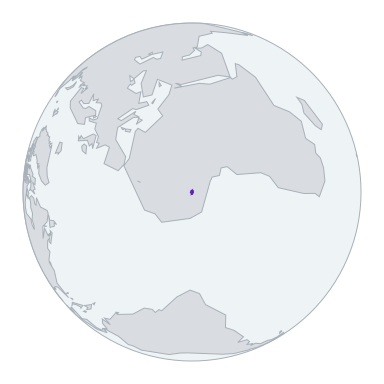 the Earth from above Poni, rotated 296°
{"feature_id": "BFA-2837", "entity_name": "Poni", "entity_type": "Province", "adm_level": 1, "iso_a3": "BFA", "parent_name": "Burkina Faso", "parent_adm1": "", "projection": "orthographic", "projection_center": [-3.283, 10.293], "detail": "fine", "context": "on_globe", "style": "filled", "palette": "violet", "viewbox_px": 384, "rotation_deg": 296, "n_neighbors": 0, "source": "natural_earth", "source_scale": "10m", "svg_char_len": 9030}
<svg xmlns="http://www.w3.org/2000/svg" viewBox="0 0 384 384"><g transform="rotate(296 192 192)"><circle cx="192" cy="192" r="169" fill="#eef3f6" stroke="#a8b0b8"/><path d="M141.8,30.7L129.4,35.4L132.6,34.3L128.4,36.6L130.5,36.4L126.9,38.1L131.6,36.6L134.6,35.1L137.6,34.1L139.1,34.0L134.8,35.9L133.4,36.2L132.9,36.8L130.1,37.9L132.3,37.3L126.9,40.0L134.4,37.3L131.9,39.4L127.7,41.3L125.4,41.1L109.8,46.5L104.9,49.2L100.2,52.7L97.2,58.9L92.9,62.2L89.0,66.8L92.6,64.7L97.0,60.4L102.8,58.1L107.4,53.8L110.4,52.4L116.2,48.5L118.3,49.3L117.1,52.4L112.4,55.9L111.8,57.6L118.7,54.7L112.1,62.4L111.9,69.8L109.9,72.0L101.6,74.8L95.6,73.0L84.9,78.6L94.8,75.4L89.6,82.0L90.0,83.5L92.0,83.7L95.1,81.5L94.0,84.2L83.8,87.7L84.7,85.4L87.9,84.1L85.0,83.6L78.1,86.9L76.0,90.5L67.8,93.4L66.2,96.1L63.6,98.6L66.7,93.9L60.9,102.8L51.0,110.6L43.0,127.3L47.6,113.4L47.3,111.0L46.2,110.2L44.8,112.8L45.3,109.3L42.3,113.6L37.4,123.9L42.6,113.1L48.6,102.7L55.3,92.7L62.7,83.2L70.8,74.3L79.5,66.0L88.7,58.3L98.5,51.3L108.7,45.0L119.4,39.4L130.4,34.7L141.8,30.7ZM35.3,128.8L32.2,137.0L32.2,139.2L34.5,133.9L35.8,134.0L30.0,148.7L31.4,153.2L28.5,164.9L28.2,171.7L30.2,171.3L31.8,175.5L34.6,169.4L38.5,167.0L36.9,176.8L40.3,168.7L41.6,174.1L50.3,176.5L49.2,178.5L56.3,192.4L66.7,199.9L69.1,207.7L67.6,211.8L71.8,213.9L71.9,216.8L91.2,224.5L103.0,233.3L104.0,243.3L96.7,253.5L96.2,276.3L84.8,281.5L86.1,290.3L84.4,301.8L76.9,299.1L83.4,306.2L82.8,309.2L79.1,308.3L82.2,312.7L79.7,311.9L84.0,315.5L85.6,319.9L91.8,325.0L94.4,328.5L98.6,331.5L97.5,331.0L97.8,331.5L99.7,333.0L93.8,329.3L85.7,322.9L83.0,320.2L81.5,319.2L75.2,311.9L75.6,313.0L65.2,300.5L59.6,290.6L45.8,259.3L42.3,252.3L35.9,242.7L27.7,216.0L27.9,206.8L27.0,201.5L30.1,189.2L30.6,175.7L29.9,173.3L28.3,177.5L27.0,167.3L28.4,156.7L30.0,144.0L35.3,128.8ZM40.4,132.8L42.2,143.6L38.9,143.1L39.9,141.9L40.0,137.9L39.2,133.6L36.9,134.1L40.4,132.8ZM46.4,124.8L45.9,123.7L46.7,124.1L46.4,124.8ZM114.7,48.4L115.4,48.4L114.0,49.1L114.7,48.4ZM116.6,46.7L114.3,47.5L114.9,46.9L116.2,46.4L116.6,46.7ZM119.2,46.0L116.1,45.7L117.1,44.6L123.2,42.0L119.2,46.0ZM134.8,34.8L131.8,36.2L132.9,35.2L134.8,34.8ZM134.8,34.4L133.9,33.5L139.1,31.6L138.4,32.1L144.0,30.1L147.0,29.5L144.6,30.5L140.6,31.8L144.8,30.7L134.8,34.4ZM138.9,33.6L138.3,33.5L142.8,31.7L144.9,31.8L142.7,32.3L138.9,33.6ZM144.0,30.0L147.7,28.9L151.2,28.1L153.1,27.7L147.5,29.4L144.0,30.0ZM142.5,32.6L145.8,31.9L145.1,32.7L139.9,33.7L142.5,32.6ZM143.0,31.4L145.3,30.6L144.7,31.0L143.0,31.4ZM144.3,35.8L143.4,35.3L145.7,34.3L144.3,35.8ZM147.1,31.6L147.4,31.4L148.1,31.0L150.1,30.7L147.1,31.6ZM150.3,28.8L151.0,28.8L152.8,28.1L155.4,27.7L151.2,29.0L154.1,28.3L155.0,28.2L150.6,29.4L150.3,28.8ZM154.5,29.5L150.1,31.5L151.2,32.5L149.3,33.3L147.8,31.7L154.5,29.5ZM152.6,29.3L153.3,29.6L150.5,30.3L148.3,30.6L152.6,29.3ZM158.7,27.1L155.7,27.3L156.7,27.0L158.7,27.1ZM155.4,29.6L156.4,29.1L155.8,29.6L155.4,29.6ZM158.3,27.6L157.1,27.6L158.3,27.3L158.3,27.6ZM159.5,28.3L158.1,28.9L156.5,29.0L159.5,28.3ZM159.4,27.9L161.3,27.5L156.8,28.7L158.7,27.9L159.4,27.9ZM159.6,27.3L159.9,27.1L160.0,27.4L159.6,27.3ZM166.3,27.8L161.0,29.4L157.5,29.5L163.2,27.9L166.3,27.8ZM105.6,336.4L95.3,330.3L100.2,333.3L98.8,331.8L106.0,335.9L105.6,336.4ZM103.6,332.6L104.8,332.2L106.5,333.1L106.0,333.7L103.6,332.6ZM347.5,125.8L349.2,131.0L353.5,149.7L357.0,165.7L357.2,173.7L350.1,152.8L344.6,138.3L343.6,140.6L335.1,130.1L324.7,133.1L321.9,129.7L320.3,132.2L314.1,129.7L309.3,124.1L306.2,125.3L318.5,140.1L321.8,139.0L322.6,131.8L325.6,137.5L331.4,141.5L329.7,157.8L312.1,175.8L308.2,164.1L283.6,134.8L283.1,131.2L283.0,130.8L282.5,130.1L282.5,136.2L277.5,130.5L293.0,151.1L296.6,160.6L311.9,176.6L311.0,178.7L315.3,181.8L326.4,174.6L326.9,178.6L323.0,198.7L305.7,227.7L306.8,244.5L303.5,259.2L290.0,270.6L288.5,281.4L281.2,286.2L278.9,292.4L271.5,299.6L260.1,306.7L243.6,308.5L244.7,303.2L239.7,293.2L233.7,267.6L240.1,254.9L239.5,245.4L227.4,224.7L230.2,212.5L226.4,207.6L218.9,209.4L214.2,203.6L209.5,203.7L178.2,209.4L167.4,201.8L151.5,178.0L156.2,168.3L154.9,157.3L185.7,119.3L194.7,120.9L221.7,114.5L225.6,115.6L225.1,123.9L247.5,132.3L251.6,124.9L269.3,128.6L279.3,127.1L278.1,111.5L261.7,113.5L256.1,106.6L267.2,98.7L281.2,97.8L279.5,95.2L268.4,90.2L269.3,85.0L264.3,88.3L268.0,90.6L265.0,93.0L261.4,91.0L261.8,89.1L257.0,88.4L256.0,98.6L259.7,102.1L248.3,105.3L253.4,111.7L251.1,115.2L241.7,105.8L240.9,102.1L225.3,93.2L225.2,97.2L239.9,106.2L236.3,105.7L236.2,112.1L233.5,106.9L217.5,96.9L205.7,100.4L194.7,116.9L187.0,118.8L178.8,116.3L178.9,100.5L196.0,98.2L196.3,93.3L189.5,87.1L195.2,87.2L194.6,84.6L200.7,83.7L206.1,77.0L211.9,75.9L210.8,68.5L213.6,67.1L213.4,71.7L216.4,74.7L230.3,73.0L232.1,71.2L230.3,66.7L234.3,67.1L230.8,63.0L237.2,60.7L226.4,60.4L224.0,56.0L226.1,52.3L223.4,51.0L219.9,57.1L220.2,59.7L223.7,61.9L222.9,69.9L218.8,71.7L212.2,63.7L205.7,65.7L203.4,59.3L214.3,45.6L220.4,42.9L237.3,46.7L237.7,49.3L231.8,49.0L240.2,52.9L238.1,50.8L241.5,51.4L240.0,48.0L242.3,48.4L237.0,44.8L239.6,44.9L243.0,47.1L243.1,42.9L247.8,42.6L246.7,41.6L244.2,40.5L251.9,41.3L250.7,40.5L247.8,39.9L243.6,38.1L239.2,35.5L242.1,35.9L244.1,36.9L252.6,39.9L257.4,43.0L258.1,42.9L254.6,40.4L244.2,36.7L240.8,35.0L245.7,36.4L243.6,35.8L242.8,35.1L244.7,35.0L239.3,33.4L226.3,27.6L228.7,27.4L234.5,28.9L229.2,27.2L241.1,30.3L252.7,34.3L264.0,39.1L274.9,44.8L285.4,51.2L295.4,58.4L304.9,66.3L313.7,74.8L321.9,84.0L329.4,93.7L336.2,104.0L342.2,114.7L347.5,125.8ZM178.1,138.1L178.0,141.4L178.0,141.5L178.1,138.1ZM298.2,105.2L305.1,104.5L298.2,95.9L300.2,95.1L297.1,92.7L297.6,95.3L289.4,88.7L291.0,85.7L288.2,82.2L285.7,82.3L284.1,89.1L295.9,98.2L295.9,102.2L298.2,105.2ZM50.6,176.5L51.5,178.7L49.9,178.3L50.6,176.5ZM37.2,146.8L38.2,147.6L38.3,149.4L37.3,149.4L37.2,146.8ZM48.2,151.8L49.9,153.3L47.7,153.4L48.2,151.8ZM42.8,145.1L46.8,151.0L42.6,152.5L40.2,148.9L42.5,149.0L42.8,145.1ZM43.5,129.9L43.8,130.9L42.9,132.5L43.5,129.9ZM47.0,125.2L46.6,125.2L47.0,123.6L47.0,125.2ZM90.2,81.8L91.0,81.6L92.5,82.3L90.7,83.1L90.2,81.8ZM105.6,80.2L103.4,84.5L103.8,81.7L100.9,83.3L97.9,79.9L108.7,73.0L104.3,76.6L105.6,80.2ZM97.0,74.2L97.7,76.7L96.5,74.3L97.0,74.2ZM184.8,72.8L187.9,74.1L187.1,77.1L179.8,79.9L180.9,75.4L184.8,72.8ZM192.6,75.3L188.1,67.4L192.4,65.8L190.7,67.9L194.1,67.6L192.3,71.1L200.9,77.9L200.7,81.1L187.3,83.7L191.8,80.9L188.4,79.6L192.6,75.3ZM168.8,54.4L166.9,52.2L178.9,51.4L179.3,53.7L172.0,56.2L167.3,55.1L168.8,54.4ZM130.4,42.1L128.9,42.2L130.1,41.5L132.3,40.9L130.4,42.1ZM143.7,35.6L138.2,41.4L136.2,41.6L135.4,45.3L129.8,47.6L130.5,45.0L125.6,49.8L124.0,48.4L121.2,51.8L123.5,45.8L121.8,45.2L125.8,44.9L130.9,42.8L132.7,41.6L136.5,38.2L135.5,36.2L140.5,34.2L144.3,33.3L145.3,33.4L141.7,34.6L145.6,34.0L141.2,35.9L143.7,35.6ZM185.5,30.7L181.0,30.9L188.0,32.2L183.7,33.1L184.8,33.2L182.7,34.6L182.0,36.6L179.7,36.9L180.4,37.6L179.1,38.7L179.3,39.8L175.2,40.9L175.2,42.5L173.2,42.1L174.3,44.6L171.6,43.3L169.6,45.0L173.2,45.4L150.2,50.9L142.6,55.0L137.8,59.4L133.8,57.2L135.9,52.0L141.3,46.2L149.2,42.8L146.0,42.7L148.8,41.2L150.2,41.9L149.8,40.0L152.5,39.0L157.3,35.3L155.0,33.7L156.8,32.5L159.0,32.7L159.1,31.5L164.4,31.2L165.8,30.4L172.4,29.6L175.8,30.8L177.1,29.9L182.1,29.6L185.5,30.7ZM168.2,27.5L173.3,28.2L173.5,29.2L162.0,30.2L160.0,30.9L152.6,32.2L152.6,30.8L154.7,30.5L156.7,30.0L155.9,30.6L158.1,29.7L161.1,29.4L163.6,28.7L164.6,29.0L168.2,27.5ZM228.3,112.2L231.0,112.3L234.8,111.6L234.8,115.8L228.3,112.2ZM217.3,105.4L219.5,104.7L221.4,109.8L218.6,109.9L217.3,105.4ZM219.1,100.1L219.5,104.2L217.6,102.1L219.1,100.1ZM215.3,71.0L217.4,70.2L218.3,71.2L217.8,72.9L215.3,71.0ZM205.4,36.6L202.8,36.1L203.1,35.7L199.2,33.7L202.1,33.2L205.6,34.1L205.4,36.6ZM276.2,114.4L274.3,117.7L272.3,116.5L273.4,115.6L276.2,114.4ZM254.3,116.8L260.0,118.2L254.2,118.0L254.3,116.8ZM208.0,35.6L206.0,34.8L208.7,35.1L208.0,35.6ZM204.0,32.7L206.9,32.7L202.0,32.9L204.0,32.7ZM298.3,322.8L296.8,324.3L295.8,324.9L298.3,322.8ZM323.5,252.9L310.0,279.6L304.6,280.8L305.7,273.7L312.1,257.9L319.0,252.3L323.1,244.7L323.5,252.9ZM357.4,167.0L359.2,175.9L359.0,178.0L357.4,167.0ZM230.1,32.8L232.3,35.8L235.7,38.3L240.7,39.9L234.6,39.3L229.3,35.4L230.1,32.8ZM226.5,28.0L222.1,27.1L223.3,27.1L224.5,27.3L226.5,28.0ZM224.3,27.8L220.3,27.7L217.4,27.0L221.2,27.1L224.3,27.8ZM214.3,30.8L214.7,31.6L212.6,31.3L214.3,30.8Z" fill="#d9dde1" stroke="#a8b0b8" stroke-width="1"/><path d="M191.1,193.1L190.9,193.0L190.6,193.1L190.4,193.2L190.2,193.2L190.0,192.8L189.9,192.7L190.0,192.7L190.4,192.5L190.5,192.5L190.5,192.3L190.6,192.2L190.6,191.9L190.7,191.7L190.8,191.5L190.8,191.4L190.8,191.1L191.0,190.9L191.3,191.0L191.6,190.9L191.7,191.0L191.8,191.0L192.0,191.1L192.4,190.8L192.6,190.7L192.8,190.7L192.9,190.8L193.0,190.8L193.0,191.0L193.1,191.3L193.2,191.5L193.3,191.6L193.5,191.6L193.4,191.7L193.3,191.8L193.3,192.0L193.5,192.1L193.4,192.2L193.4,192.3L193.4,192.5L193.2,192.5L193.1,192.8L192.9,192.8L192.8,192.7L192.7,192.6L192.4,192.6L192.3,192.9L192.2,193.0L192.1,193.3L191.9,193.3L191.9,193.2L191.7,193.1L191.2,193.1L191.1,193.1Z" fill="#8b5cf6" stroke="#5b21b6" stroke-width="1.5"/></g></svg>